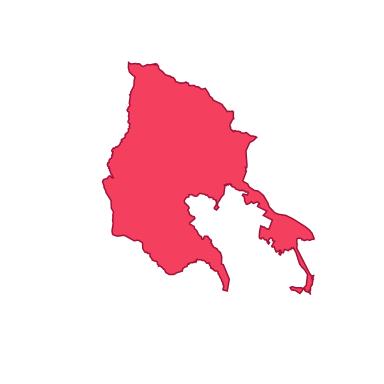 the district of Caloto, Cauca, Colombia, rotated 154°
{"feature_id": "7082276B98035381809124", "entity_name": "Caloto", "entity_type": "district", "adm_level": 2, "iso_a3": "COL", "parent_name": "Colombia", "parent_adm1": "Cauca", "projection": "albers", "projection_center": [-76.384, 3.067], "detail": "fine", "context": "isolated", "style": "filled", "palette": "rose", "viewbox_px": 384, "rotation_deg": 154, "n_neighbors": 0, "source": "geoboundaries", "source_scale": "gbopen_adm2", "svg_char_len": 6095}
<svg xmlns="http://www.w3.org/2000/svg" viewBox="0 0 384 384"><g transform="rotate(154 192 192)"><path d="M133.4,52.9L130.6,50.1L130.3,47.8L130.2,50.0L131.0,51.2L130.5,51.6L129.7,50.6L129.3,51.7L128.6,51.7L128.2,52.5L128.5,52.8L127.8,53.1L127.5,54.4L126.5,54.8L125.4,56.1L124.8,55.8L122.7,58.7L122.9,59.2L121.2,60.4L122.0,60.9L122.4,61.9L121.8,62.4L120.7,62.0L119.3,63.6L121.4,64.2L122.0,67.3L122.5,95.6L120.3,99.1L119.6,101.7L117.9,104.0L116.3,103.7L113.9,102.0L114.1,100.7L113.1,100.3L112.4,99.1L109.4,98.7L107.1,96.8L105.1,97.0L103.2,96.0L102.7,96.6L102.2,102.1L103.2,106.5L105.6,111.5L113.2,123.8L118.0,129.9L123.8,133.9L126.8,137.1L129.2,145.0L128.6,148.8L129.3,157.6L132.1,163.9L135.3,166.1L138.4,171.5L138.4,174.9L141.4,179.2L141.1,180.1L134.1,186.8L134.7,187.1L133.4,189.1L133.2,190.8L132.1,190.0L131.1,191.4L125.5,205.3L118.4,211.2L114.2,211.4L109.9,212.8L110.6,214.0L111.3,214.2L112.4,215.5L113.8,216.0L115.0,217.2L117.2,221.7L119.5,222.1L121.7,223.3L122.1,224.8L123.4,226.1L125.7,227.3L126.4,228.3L127.7,228.6L128.1,228.0L129.0,229.1L128.9,230.2L129.7,231.8L128.8,233.6L129.1,234.2L128.6,235.7L123.5,239.6L122.3,239.5L122.1,241.0L119.7,245.8L120.4,247.2L122.2,247.5L123.9,248.7L125.1,248.7L125.9,254.1L126.5,254.8L126.3,256.5L127.0,258.1L133.0,265.7L132.5,267.2L134.1,270.4L133.8,272.6L134.6,279.3L138.2,280.0L140.2,283.8L142.3,284.8L143.3,286.9L147.8,288.8L147.8,291.8L149.2,292.7L149.2,293.5L152.0,293.6L152.3,294.1L154.1,294.3L154.2,295.1L155.3,295.1L156.4,296.8L158.2,298.2L158.0,300.9L158.8,303.3L160.5,304.2L160.3,305.1L164.6,309.1L165.7,313.2L167.5,316.4L167.7,318.0L167.0,319.7L167.5,322.4L169.8,322.2L170.1,322.8L167.9,323.1L174.5,324.8L176.1,326.1L180.2,326.1L181.9,327.2L182.8,329.9L184.2,331.0L185.0,330.8L186.1,332.1L190.9,333.9L192.2,336.2L194.7,331.6L195.6,327.4L194.7,324.4L192.8,320.3L195.0,317.8L197.7,312.8L203.3,308.6L204.1,306.9L205.4,306.8L205.4,305.2L208.4,300.9L209.5,299.2L209.6,297.6L210.8,296.1L211.8,296.2L213.7,294.4L214.4,294.3L214.5,292.5L213.7,291.8L214.0,290.4L215.9,288.0L216.4,285.3L218.6,283.5L218.9,282.0L217.8,280.6L219.7,278.5L219.8,276.9L221.5,276.8L222.7,274.2L224.3,273.5L225.3,273.7L226.1,272.8L226.8,273.0L228.3,270.3L232.5,270.0L232.9,269.4L232.8,268.0L234.4,268.0L236.0,266.3L239.9,265.2L240.4,266.0L242.6,265.2L243.4,266.0L245.9,264.6L246.1,263.4L245.4,262.7L246.6,261.6L246.9,260.2L248.1,260.2L248.3,259.1L249.5,257.9L252.0,257.4L252.8,256.5L253.3,255.2L254.8,255.2L255.9,254.0L256.4,252.4L255.6,250.8L256.5,250.1L255.8,248.9L256.6,248.0L256.5,245.5L256.9,243.9L256.5,242.7L256.5,239.2L257.8,239.9L258.3,242.2L259.6,242.7L262.3,241.4L266.1,241.9L267.9,240.5L268.4,236.1L269.1,234.5L269.0,231.3L269.5,229.2L268.5,219.7L271.6,212.8L271.3,208.6L273.4,205.7L274.5,203.1L275.5,202.0L276.6,198.3L280.9,192.2L281.8,189.5L281.7,188.3L279.4,185.8L277.4,184.6L272.7,183.2L271.4,182.2L265.3,173.5L261.5,172.3L258.7,168.1L261.0,162.8L260.8,159.0L260.1,157.9L258.8,157.6L258.9,156.3L256.8,155.0L258.0,152.5L257.3,149.5L257.6,148.2L255.6,146.1L255.0,146.1L253.9,144.2L254.7,142.1L254.1,141.0L254.6,140.0L253.5,140.1L253.1,139.0L252.2,138.3L252.3,137.6L251.8,137.0L251.5,135.2L250.8,134.8L250.8,131.1L248.6,127.8L244.4,125.8L241.0,126.1L235.3,125.2L233.7,127.3L231.1,127.7L229.4,127.2L227.4,128.9L226.6,128.5L226.4,129.2L222.9,128.6L222.3,128.0L220.8,128.5L220.6,127.8L219.3,128.0L219.2,127.2L218.4,127.7L217.7,129.3L217.2,129.3L216.4,129.0L216.4,128.4L214.1,127.5L213.0,126.2L211.2,125.1L210.4,123.7L210.0,121.4L207.4,120.6L208.2,119.4L208.0,116.4L208.5,115.6L207.7,115.2L207.9,114.6L207.5,114.0L206.7,113.8L206.9,112.7L205.8,110.8L204.4,110.3L203.7,108.9L204.4,106.9L203.9,105.2L204.2,103.3L203.9,100.9L204.3,98.7L203.9,97.1L204.6,96.0L204.7,93.3L206.8,91.2L206.9,90.2L203.7,87.6L196.7,97.3L195.7,113.0L197.1,114.3L193.9,120.2L193.0,125.0L194.4,128.3L194.4,130.0L196.9,133.2L196.7,134.5L197.3,135.8L196.8,136.8L197.4,138.2L196.2,138.9L195.8,140.3L196.9,141.6L196.7,142.5L197.5,144.3L197.2,144.9L197.7,145.1L197.7,145.6L199.9,146.7L201.6,145.9L202.3,144.8L203.8,145.0L203.2,147.9L204.0,148.3L204.1,149.7L204.7,150.3L204.7,155.4L205.8,157.9L205.2,160.1L208.2,164.4L207.7,165.2L201.1,166.8L200.9,167.3L200.9,168.8L202.6,170.4L204.1,173.3L203.5,175.2L203.8,177.4L201.5,178.9L201.6,181.2L202.7,183.6L202.6,184.4L203.5,185.1L202.5,188.0L199.3,189.6L197.0,189.0L196.0,190.9L193.0,189.5L192.1,187.8L190.1,186.3L188.6,186.2L187.4,187.0L185.4,187.3L181.7,184.5L180.8,182.9L179.7,182.6L179.0,179.4L176.3,178.3L175.7,177.1L176.1,176.4L173.8,174.0L174.4,173.6L174.6,171.5L175.4,170.6L175.2,170.2L179.1,167.9L179.0,166.7L177.9,165.1L174.6,166.5L175.2,168.9L173.0,171.5L171.2,172.2L168.1,174.5L164.4,176.0L159.8,182.9L159.8,184.1L158.9,183.8L158.4,182.9L157.3,183.8L156.6,182.5L155.9,183.3L155.3,182.6L153.8,182.6L154.0,181.9L153.4,181.4L154.1,181.1L153.4,178.9L152.5,178.6L151.4,176.8L151.6,176.1L150.9,174.9L149.5,173.7L148.8,172.5L147.0,171.7L146.4,171.9L146.0,171.1L144.0,169.9L144.2,169.1L143.7,168.4L141.8,167.5L141.8,166.5L143.7,165.1L146.9,167.8L148.2,166.9L147.2,164.4L148.6,160.8L148.5,157.2L147.9,156.7L144.8,156.7L143.0,157.4L141.9,154.7L138.3,154.7L136.9,153.4L136.4,152.2L136.8,151.3L137.7,151.8L139.5,150.3L133.1,141.9L138.2,139.7L132.1,131.5L139.3,124.8L141.3,126.5L142.6,129.2L143.5,129.4L145.0,131.4L148.4,127.1L151.0,122.6L151.5,121.5L151.3,120.4L150.3,119.4L149.1,120.0L148.4,119.9L147.9,119.2L147.8,117.4L146.0,116.2L146.4,113.3L145.9,111.7L144.4,112.5L145.1,114.0L144.3,115.2L141.9,116.3L141.3,116.3L140.4,115.4L140.2,114.6L141.0,112.9L139.3,111.6L139.3,111.2L141.5,110.5L142.2,109.4L143.8,108.8L144.2,107.8L143.8,107.2L142.2,106.9L142.7,101.6L142.3,100.9L141.1,101.2L139.8,100.3L138.9,101.4L137.8,100.7L138.0,99.9L140.9,98.5L140.9,97.6L140.2,96.6L137.9,98.2L136.5,97.4L134.0,99.9L131.1,97.0L129.6,97.7L128.4,97.0L126.9,98.2L126.0,96.8L125.3,97.3L125.1,92.0L126.8,80.2L126.0,75.5L125.6,75.4L124.8,72.1L124.3,67.2L130.2,58.0L133.9,56.7L133.3,55.5L134.2,55.9L135.7,58.0L140.6,60.4L143.5,63.1L145.8,63.0L145.5,60.4L142.1,58.0L139.5,53.5L136.9,54.6L134.7,56.2L134.0,55.3L133.4,52.9Z" fill="#f43f5e" stroke="#9f1239" stroke-width="1.5"/></g></svg>